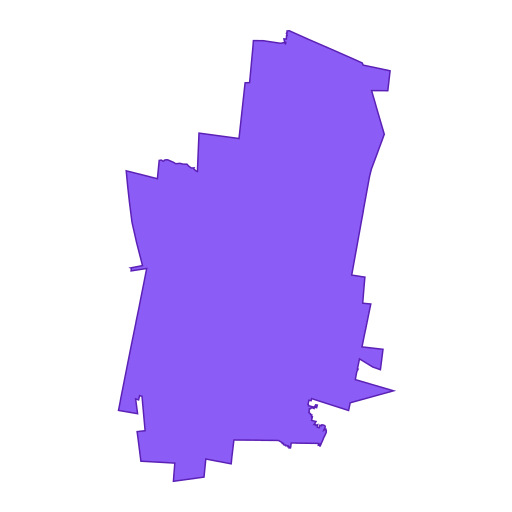 Cedral, San Luis Potosí, Mexico
{"feature_id": "50627088B34080095276274", "entity_name": "Cedral", "entity_type": "district", "adm_level": 2, "iso_a3": "MEX", "parent_name": "Mexico", "parent_adm1": "San Luis Potosí", "projection": "albers", "projection_center": [-100.648, 23.94], "detail": "fine", "context": "isolated", "style": "filled", "palette": "violet", "viewbox_px": 512, "rotation_deg": 0, "n_neighbors": 0, "source": "geoboundaries", "source_scale": "gbopen_adm2", "svg_char_len": 3673}
<svg xmlns="http://www.w3.org/2000/svg" viewBox="0 0 512 512"><path d="M308.4,39.3L289.2,30.7L287.0,31.0L287.1,32.6L286.9,33.0L286.7,32.8L286.4,33.4L286.9,34.0L287.0,34.1L286.8,34.9L287.2,35.5L286.9,35.9L286.5,35.9L286.4,39.0L283.9,38.9L284.6,41.7L285.8,42.3L285.5,43.8L283.9,42.6L281.2,43.2L279.9,43.2L263.3,40.7L253.4,40.6L252.9,47.2L249.6,82.6L245.1,82.8L239.0,138.5L199.0,133.1L197.4,171.5L196.4,171.2L195.3,170.3L194.1,169.3L193.8,168.5L194.1,167.9L191.5,168.0L190.6,167.5L189.0,166.3L188.0,165.4L187.3,164.4L186.5,164.1L185.6,164.2L182.9,164.1L181.5,163.7L179.7,163.3L178.2,163.5L175.8,163.7L175.3,163.5L173.7,162.4L167.7,159.8L166.0,159.8L164.5,160.1L164.3,160.2L164.1,160.7L163.9,160.9L163.6,161.1L163.0,161.1L162.6,160.9L161.6,160.2L161.1,160.1L160.4,160.2L159.8,160.4L159.2,160.4L157.4,178.7L126.2,170.8L127.7,186.4L129.4,201.8L132.0,222.3L136.5,242.2L142.5,265.6L130.7,267.9L131.3,268.2L131.3,268.9L131.2,269.9L131.1,270.9L146.7,268.5L144.5,279.7L140.5,299.8L139.1,307.0L136.0,322.0L135.9,322.8L131.3,345.3L128.3,360.4L124.2,381.1L120.8,398.3L120.1,402.2L118.5,410.4L137.6,413.7L135.6,398.9L138.6,399.9L139.6,395.6L142.0,396.3L145.1,430.7L137.1,431.6L138.1,439.1L140.9,461.2L174.8,463.1L174.4,468.5L173.9,474.6L173.6,478.8L173.4,481.3L204.0,477.1L205.8,459.0L215.1,460.8L217.6,461.3L220.6,461.8L229.9,463.6L231.2,463.8L231.9,456.8L232.2,454.3L232.3,453.6L232.3,453.4L232.5,451.8L233.9,440.0L260.9,440.2L261.1,440.3L276.3,440.4L278.0,440.5L278.6,440.5L282.1,442.6L282.2,443.4L282.9,443.4L283.5,443.4L283.5,444.6L284.3,445.0L285.1,445.1L285.8,445.1L285.8,445.3L285.8,445.8L287.5,445.8L288.1,445.8L287.9,446.7L287.9,446.8L288.7,446.8L289.1,446.8L289.0,447.4L289.0,447.9L290.5,447.9L290.7,446.9L291.2,443.0L291.7,443.0L292.9,443.0L294.6,443.0L295.3,443.0L296.3,443.1L318.4,443.4L318.3,445.3L319.9,445.1L319.8,446.6L320.8,444.6L320.6,444.5L320.4,444.5L320.4,444.1L320.0,444.1L320.1,443.7L320.8,443.6L321.0,444.1L321.5,442.9L322.6,440.6L323.9,437.3L324.3,436.7L324.9,435.4L326.2,432.6L326.3,430.5L326.2,430.5L325.8,429.1L324.4,429.8L323.8,430.2L324.3,428.9L324.5,428.8L325.0,427.7L325.2,426.5L325.1,426.1L325.0,425.9L324.2,425.4L323.9,425.2L323.7,425.1L321.8,424.8L321.4,425.7L319.9,425.2L319.3,427.7L317.3,427.3L317.7,424.7L315.9,425.5L315.2,424.8L316.3,424.6L314.1,424.5L314.6,423.9L316.0,421.5L313.0,420.8L311.6,420.3L312.1,417.8L311.1,417.5L312.2,417.6L312.4,416.6L311.4,416.1L311.8,414.9L310.5,414.5L310.5,414.4L310.6,413.9L309.6,413.0L308.8,412.6L309.3,411.4L309.1,410.8L309.3,408.8L310.5,408.8L310.7,408.2L311.9,407.9L312.0,407.7L314.1,408.5L314.4,407.2L316.6,407.7L317.3,405.1L315.0,404.7L316.5,405.6L315.6,406.9L314.6,406.4L314.3,407.1L312.2,406.7L310.0,406.0L308.8,405.8L308.5,405.8L308.5,404.7L308.0,404.4L308.4,402.7L308.9,400.2L311.1,400.7L311.5,399.3L311.6,398.6L348.6,410.5L350.2,402.8L393.5,390.8L369.9,383.9L369.3,383.7L366.3,382.8L365.8,382.7L363.7,382.0L362.8,381.8L361.8,381.5L355.3,379.6L356.7,372.1L356.8,371.6L357.6,370.1L358.1,369.1L357.4,368.9L359.5,358.9L372.7,367.0L380.4,369.7L382.4,354.1L382.5,353.2L383.0,349.3L364.9,347.2L364.6,347.2L362.0,346.9L363.8,337.9L364.0,336.8L366.1,327.0L366.5,324.8L366.8,323.6L367.0,322.3L367.2,321.5L367.6,319.6L368.0,317.6L370.8,304.0L362.7,303.2L364.1,286.0L364.3,283.7L364.4,282.8L364.9,277.1L360.7,276.5L359.1,276.2L355.2,275.6L354.4,275.5L351.7,275.1L353.7,264.0L361.4,221.4L363.3,211.1L363.2,211.1L369.5,176.7L371.2,169.8L371.2,169.6L377.7,152.2L378.4,150.2L382.5,139.2L383.6,136.0L384.3,134.3L379.4,117.6L379.0,116.2L376.9,109.1L375.1,102.7L373.5,97.2L371.6,90.6L387.8,90.7L390.1,70.8L363.1,65.1L362.3,63.0L356.8,60.5L328.9,48.2L308.4,39.3Z" fill="#8b5cf6" stroke="#5b21b6" stroke-width="1.5"/></svg>